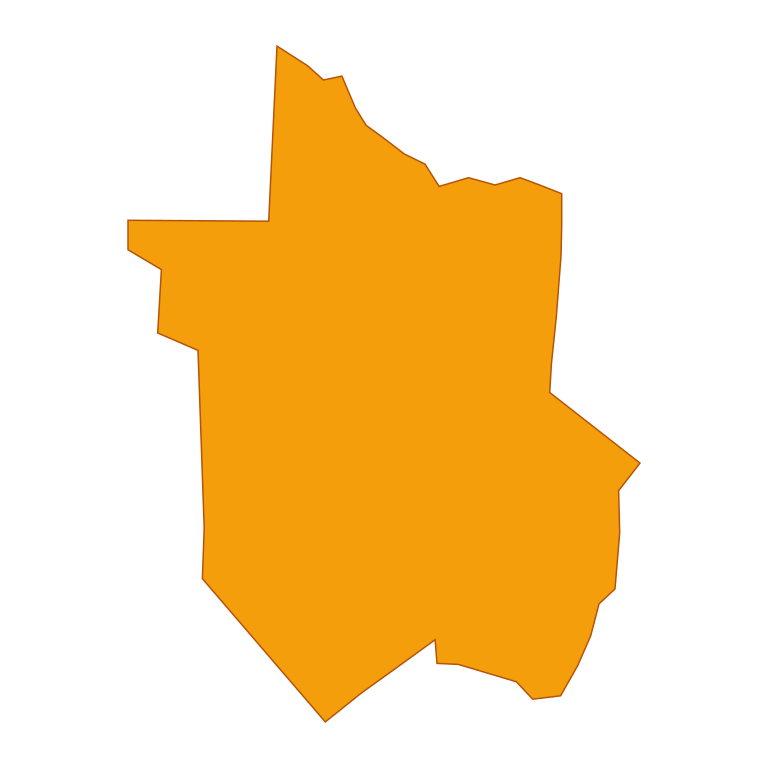 outline of Mato Leitão, Rio Grande do Sul, Brazil
{"feature_id": "56859067B86490336750804", "entity_name": "Mato Leitão", "entity_type": "district", "adm_level": 2, "iso_a3": "BRA", "parent_name": "Brazil", "parent_adm1": "Rio Grande do Sul", "projection": "equal_earth", "projection_center": [-52.13, -29.521], "detail": "fine", "context": "isolated", "style": "filled", "palette": "amber", "viewbox_px": 768, "rotation_deg": 0, "n_neighbors": 0, "source": "geoboundaries", "source_scale": "gbopen_adm2", "svg_char_len": 692}
<svg xmlns="http://www.w3.org/2000/svg" viewBox="0 0 768 768"><path d="M355.4,108.0L341.9,76.1L323.4,80.0L307.8,65.9L277.0,46.1L268.7,221.2L128.0,220.3L128.0,249.8L161.4,269.6L157.7,333.0L198.0,350.4L204.2,528.0L202.4,578.7L325.3,721.9L361.5,692.9L397.1,667.3L418.5,651.8L435.1,639.7L437.0,663.4L458.3,664.4L487.4,673.1L516.4,681.8L532.7,699.2L560.6,695.8L577.6,665.8L590.7,635.8L599.0,603.9L615.0,588.9L619.7,532.8L618.6,490.7L640.0,463.1L549.7,392.5L551.5,363.0L556.3,317.0L561.0,256.1L561.7,226.6L561.7,193.7L539.6,185.0L520.0,177.7L495.0,185.0L468.5,177.7L439.1,186.4L425.0,164.1L404.3,154.0L382.2,137.0L366.2,125.4L355.4,108.0Z" fill="#f59e0b" stroke="#b45309" stroke-width="1.5"/></svg>